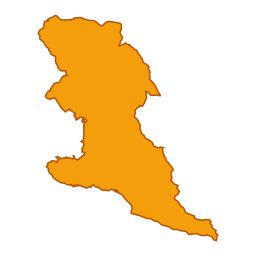 the district of Lunca De Jos, Harghita, Romania
{"feature_id": "2599482B38350434394464", "entity_name": "Lunca De Jos", "entity_type": "district", "adm_level": 2, "iso_a3": "ROU", "parent_name": "Romania", "parent_adm1": "Harghita", "projection": "natural_earth1", "projection_center": [25.966, 46.606], "detail": "fine", "context": "isolated", "style": "filled", "palette": "amber", "viewbox_px": 256, "rotation_deg": 0, "n_neighbors": 0, "source": "geoboundaries", "source_scale": "gbopen_adm2", "svg_char_len": 5702}
<svg xmlns="http://www.w3.org/2000/svg" viewBox="0 0 256 256"><path d="M216.3,240.6L216.3,239.7L216.7,239.2L216.6,237.5L217.3,235.5L217.8,235.0L215.7,232.9L215.2,231.8L216.1,230.6L212.7,228.3L211.9,226.8L212.0,226.1L211.7,225.2L210.0,223.6L211.1,222.1L211.0,221.5L209.8,220.1L209.3,219.8L206.3,219.6L202.5,220.2L199.4,219.7L198.1,219.9L196.8,219.1L194.5,218.4L194.7,217.1L194.5,216.5L194.0,215.8L190.9,214.8L189.9,214.2L188.2,213.9L186.2,212.7L185.3,211.7L183.8,208.3L183.3,207.7L182.5,207.0L181.1,206.5L180.3,204.9L178.1,201.9L174.8,199.1L174.4,198.2L174.8,196.8L175.8,195.7L177.8,194.6L178.3,193.1L179.1,192.0L179.3,191.5L177.4,188.8L177.0,187.9L177.1,186.7L178.1,185.5L174.5,184.1L173.6,183.5L171.9,181.6L171.2,180.2L171.3,179.9L171.0,179.6L171.1,179.1L171.9,177.9L171.7,176.6L171.2,174.9L170.9,172.0L172.0,171.0L173.1,170.5L173.0,168.7L170.4,165.5L168.3,162.5L167.2,161.8L166.2,160.8L166.0,158.9L164.7,157.0L162.9,152.1L162.4,147.9L163.0,147.7L161.0,147.1L158.0,147.7L153.7,146.2L153.0,143.9L152.0,142.2L150.2,140.8L148.2,139.5L146.0,138.7L145.1,137.6L144.1,135.5L142.0,133.9L141.4,133.1L140.8,130.6L139.8,128.2L140.2,126.1L140.1,124.5L138.6,122.3L138.1,120.5L134.2,116.4L134.8,114.7L135.4,112.5L135.0,111.2L135.3,110.3L136.4,108.6L137.7,107.5L139.1,107.0L139.3,106.1L139.6,105.6L142.3,106.3L144.2,103.5L146.5,97.6L146.5,96.9L146.0,95.3L146.2,93.1L145.7,91.5L148.0,92.3L149.0,93.2L149.5,94.4L150.6,94.7L150.6,95.0L150.8,95.1L153.3,95.4L156.3,94.9L157.8,95.5L160.3,95.5L160.1,94.9L157.7,91.3L156.5,88.4L153.9,83.6L149.7,79.4L150.0,77.1L149.4,73.8L150.1,72.2L149.2,71.2L149.1,70.1L148.5,69.5L148.2,68.4L149.0,67.4L148.6,66.4L148.0,66.1L148.1,65.7L147.2,65.2L146.3,64.2L144.3,63.3L143.4,62.5L142.9,62.3L142.8,60.8L142.3,60.2L142.2,58.8L141.3,57.9L139.8,55.0L138.8,54.3L137.5,52.4L137.7,52.0L137.3,51.8L136.8,50.3L135.7,50.1L134.3,49.2L133.7,48.7L133.4,48.0L130.3,46.2L130.1,45.3L129.8,45.0L129.3,44.7L128.8,45.0L128.6,44.5L127.8,44.4L126.1,43.7L125.7,43.0L121.2,45.4L118.2,45.9L119.3,45.1L119.8,44.4L120.4,41.6L122.2,38.6L122.5,37.8L122.0,36.2L121.1,35.4L119.9,32.8L119.9,32.4L121.4,29.3L121.2,24.3L120.4,23.4L110.8,21.5L110.2,21.6L108.8,21.4L106.8,21.9L104.4,23.7L102.2,25.8L101.4,25.7L99.3,24.7L95.8,21.6L95.2,21.3L92.4,20.4L88.8,20.4L86.5,19.6L84.4,19.2L81.3,17.6L78.0,17.6L77.3,18.1L76.2,17.8L74.9,18.2L74.4,18.0L74.3,18.6L73.2,19.2L69.5,19.9L62.3,20.0L60.2,19.4L56.4,15.7L55.2,15.4L52.4,17.3L49.0,18.6L48.0,19.4L47.5,19.8L48.1,20.4L48.1,21.2L46.7,21.0L44.7,21.4L43.9,24.4L44.1,25.4L43.9,26.8L43.5,27.7L43.2,28.1L40.5,29.6L39.9,30.1L39.1,31.1L38.2,33.2L39.5,35.3L40.0,37.5L39.7,38.3L39.9,39.0L40.2,39.5L41.3,40.0L42.1,41.0L43.3,41.6L44.1,42.6L44.3,43.9L45.0,44.6L46.6,47.1L48.5,48.3L48.9,50.4L49.2,51.0L50.1,51.5L51.0,54.2L54.1,56.0L55.2,56.1L55.7,57.3L55.4,61.1L56.2,63.5L56.8,64.3L57.3,65.7L58.1,66.4L58.2,66.9L58.0,67.1L58.1,68.1L59.0,69.1L60.2,70.0L60.5,70.6L63.8,71.0L65.6,70.7L66.2,74.6L67.0,75.2L65.7,75.8L63.5,75.8L63.4,76.5L61.9,77.2L60.4,80.5L59.3,82.1L58.3,82.5L57.1,82.6L54.5,83.4L53.5,84.3L53.5,84.8L50.3,89.1L50.7,90.1L47.8,91.8L46.6,93.9L45.7,95.0L45.4,96.3L46.1,97.3L47.7,98.6L50.5,99.4L51.5,98.7L53.8,98.0L55.1,98.2L56.1,99.6L57.0,101.5L58.4,103.2L61.5,108.3L62.1,108.7L65.1,111.6L65.6,111.9L66.4,111.0L67.5,110.5L69.0,109.3L69.8,109.1L70.3,110.5L71.8,111.0L75.5,113.8L75.6,114.0L73.9,115.0L75.1,117.0L76.0,117.5L76.1,118.1L75.8,119.2L76.0,119.8L76.3,120.1L79.4,117.9L79.8,117.1L80.7,116.9L81.2,117.2L83.7,117.7L82.8,119.3L82.5,119.2L82.0,120.4L82.2,121.7L82.6,122.2L83.1,122.3L83.9,121.7L84.2,121.1L84.0,120.6L84.7,119.5L85.4,118.9L86.9,121.2L84.5,122.9L84.6,123.3L83.8,124.8L83.9,131.4L83.7,138.3L83.4,139.7L82.6,140.5L81.0,141.4L82.9,142.3L83.7,142.3L83.7,142.8L83.4,143.2L83.5,143.8L84.1,145.2L83.9,145.5L83.3,146.0L83.4,147.0L82.8,147.4L82.6,148.2L82.2,148.4L81.7,149.2L82.0,149.5L82.3,150.3L82.0,151.7L82.5,151.4L83.4,152.2L84.1,152.3L84.8,152.9L84.7,153.4L83.8,154.6L84.1,155.2L83.2,155.3L82.6,155.7L81.7,156.4L80.7,157.8L79.7,158.0L79.3,159.0L77.4,159.7L75.5,159.4L74.2,157.2L74.1,155.9L73.5,156.0L73.8,156.2L73.8,156.8L73.5,156.7L73.9,157.6L72.7,158.8L68.2,157.5L66.6,157.5L66.5,157.2L65.8,157.3L65.6,158.1L64.6,157.9L60.3,158.7L60.0,157.6L59.0,157.2L57.6,156.8L56.0,157.1L57.7,158.6L58.7,159.6L57.4,160.8L57.2,161.5L57.2,162.1L56.4,162.1L54.9,161.2L54.1,160.9L51.6,160.8L51.4,161.5L51.0,161.9L48.9,162.4L48.2,162.8L47.6,163.9L47.8,164.8L46.8,165.7L46.5,166.4L46.8,167.2L47.9,168.0L48.5,168.8L48.2,170.0L48.9,171.7L50.0,173.5L52.1,175.0L52.7,176.1L53.0,177.5L56.4,180.2L61.4,182.9L62.6,183.1L64.2,183.0L65.9,184.1L68.2,184.9L69.3,184.9L70.4,184.5L71.2,184.7L71.1,185.4L71.8,185.7L72.9,185.6L73.1,186.7L73.3,186.9L74.2,186.3L75.6,185.9L75.3,185.5L76.8,186.1L76.6,185.2L78.3,184.6L78.8,185.8L80.8,185.6L81.5,186.0L81.6,186.4L85.3,187.4L86.2,188.0L87.8,187.7L89.4,186.6L91.0,187.3L92.1,185.7L93.6,184.9L94.1,185.0L95.0,186.3L95.5,186.8L98.6,187.4L99.9,188.7L102.6,190.3L104.0,189.9L105.5,190.4L106.5,190.2L107.8,190.8L109.1,190.6L110.8,189.2L112.2,189.7L114.3,189.9L114.2,190.7L115.7,191.9L115.7,190.1L116.3,190.1L117.0,190.6L116.5,191.0L116.4,191.3L117.8,191.8L117.8,192.6L122.2,194.7L123.1,195.7L123.1,196.4L124.1,197.3L125.2,199.1L131.5,205.2L132.0,208.2L131.2,211.3L131.2,213.3L140.8,215.9L142.0,216.8L144.0,217.2L146.8,218.5L150.3,218.6L154.9,221.2L157.5,221.5L158.3,221.8L160.7,224.1L161.5,224.6L164.1,225.6L168.5,226.5L172.9,229.4L174.6,229.6L176.7,229.4L179.8,230.5L182.0,231.0L183.1,230.8L186.1,231.5L188.1,233.9L189.0,234.5L190.3,234.4L192.4,233.8L193.0,234.2L194.3,233.8L195.0,233.9L196.1,233.4L200.7,235.3L202.0,235.5L205.2,235.5L206.3,234.8L209.0,235.6L212.3,237.0L212.5,237.8L213.8,239.9L216.3,240.6Z" fill="#f59e0b" stroke="#b45309" stroke-width="1.5"/></svg>